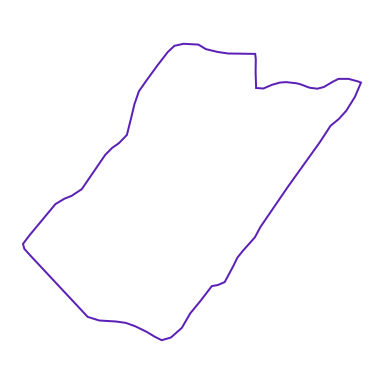 Bayi-Brikolo, Haut-Ogooué, Gabon (Mercator projection)
{"feature_id": "22940354B11019670045233", "entity_name": "Bayi-Brikolo", "entity_type": "district", "adm_level": 2, "iso_a3": "GAB", "parent_name": "Gabon", "parent_adm1": "Haut-Ogooué", "projection": "mercator", "projection_center": [14.109, -0.581], "detail": "fine", "context": "isolated", "style": "outline", "palette": "violet", "viewbox_px": 384, "rotation_deg": 0, "n_neighbors": 0, "source": "geoboundaries", "source_scale": "gbopen_adm2", "svg_char_len": 915}
<svg xmlns="http://www.w3.org/2000/svg" viewBox="0 0 384 384"><path d="M361.0,82.6L357.9,81.4L348.6,78.9L338.4,78.9L332.5,81.9L323.9,87.0L317.3,88.7L309.5,87.7L301.1,84.5L296.7,83.3L285.9,82.1L279.8,82.6L272.0,84.8L263.4,88.5L256.1,88.0L255.6,72.3L255.8,59.3L255.2,53.9L228.1,53.5L217.4,51.9L205.8,49.1L198.4,44.6L183.6,43.8L174.4,45.8L167.8,52.0L157.8,64.9L146.1,81.0L138.9,91.3L134.4,104.3L131.5,116.5L126.9,134.9L119.0,143.1L112.1,147.9L105.2,154.9L81.8,189.1L71.5,195.9L64.4,198.7L55.4,204.1L29.5,235.3L23.0,243.9L24.3,248.8L30.6,255.8L87.7,316.9L99.3,320.5L116.1,321.5L125.9,322.9L135.5,326.4L146.4,331.7L154.5,336.6L161.7,340.2L170.9,337.5L181.8,327.9L190.2,313.4L200.7,300.6L211.8,286.1L217.9,285.0L224.7,282.1L233.1,266.4L237.4,257.6L242.8,250.9L254.9,237.3L260.4,227.0L287.8,186.9L319.9,142.1L330.6,125.7L338.8,119.0L346.3,110.7L354.9,96.9L361.0,82.6Z" fill="none" stroke="#5b21b6" stroke-width="2"/></svg>